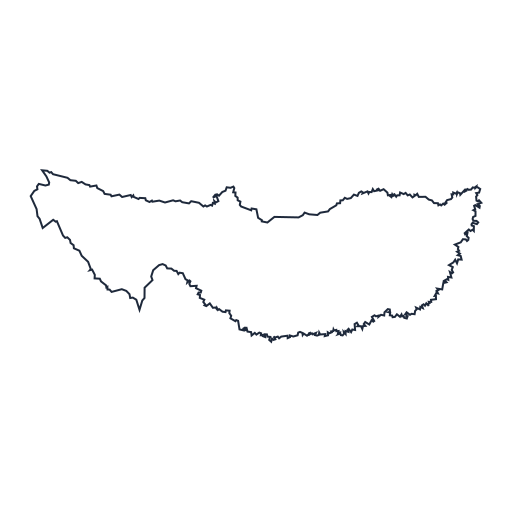 San Martín, Meta, Colombia (orthographic projection)
{"feature_id": "7082276B16396199828486", "entity_name": "San Martín", "entity_type": "district", "adm_level": 2, "iso_a3": "COL", "parent_name": "Colombia", "parent_adm1": "Meta", "projection": "orthographic", "projection_center": [-72.942, 3.525], "detail": "fine", "context": "isolated", "style": "outline", "palette": "slate", "viewbox_px": 512, "rotation_deg": 0, "n_neighbors": 0, "source": "geoboundaries", "source_scale": "gbopen_adm2", "svg_char_len": 6079}
<svg xmlns="http://www.w3.org/2000/svg" viewBox="0 0 512 512"><path d="M51.2,172.1L49.6,172.7L47.3,170.8L42.1,170.3L46.4,176.4L49.2,182.5L48.8,184.6L45.4,185.5L38.8,183.9L37.0,186.4L37.4,189.3L34.3,190.9L30.7,196.1L36.6,209.1L37.5,216.2L39.6,218.8L42.7,228.0L53.2,219.8L55.7,221.7L56.9,221.2L63.0,235.5L65.2,237.9L67.3,237.3L70.0,239.9L70.6,243.0L73.6,245.2L73.9,248.3L79.4,250.7L81.7,255.8L88.1,261.8L90.8,269.1L89.9,270.2L92.1,269.6L94.8,274.8L94.6,278.4L99.8,278.7L101.0,281.4L106.0,285.3L106.4,287.4L107.4,286.8L107.5,289.5L109.6,289.6L111.6,291.9L121.8,289.2L126.3,290.9L129.5,294.2L130.2,298.0L132.8,297.6L136.3,299.7L139.5,309.8L142.3,300.5L144.5,298.0L144.6,287.7L152.5,280.1L151.2,276.5L153.2,270.2L159.1,265.1L162.6,264.1L165.7,265.5L167.2,268.4L171.4,268.6L174.1,270.8L176.6,270.9L178.3,274.1L179.6,272.7L182.8,273.2L185.5,279.2L187.7,280.4L187.3,282.5L189.5,280.5L190.4,281.3L189.3,283.9L190.4,286.2L196.6,285.8L196.0,288.2L201.3,290.7L200.8,292.5L198.6,292.5L197.7,294.3L200.0,295.0L199.8,297.9L204.3,299.7L203.3,302.0L205.3,304.5L204.5,305.3L206.3,306.1L209.8,303.4L212.9,307.8L215.6,307.5L216.5,308.7L216.8,307.8L217.9,310.0L219.1,309.1L222.5,311.7L225.5,312.1L225.9,310.4L229.6,310.7L229.3,313.1L231.2,315.8L230.4,318.3L235.4,321.2L236.2,320.1L238.1,320.8L239.5,329.4L243.6,330.4L243.3,328.6L244.5,327.9L244.9,330.1L245.9,330.1L246.3,327.0L247.5,331.6L251.1,332.1L251.6,335.5L254.8,332.9L256.4,334.6L259.3,332.6L261.1,333.3L260.8,335.2L262.8,334.9L262.7,336.1L265.1,337.0L264.8,334.3L266.9,334.4L267.4,336.6L270.2,336.9L269.2,339.9L271.2,341.7L272.0,338.7L273.5,339.9L275.3,339.3L273.6,336.5L275.0,337.5L277.8,336.6L279.1,338.3L281.2,336.6L287.6,335.7L287.7,338.1L290.0,337.1L290.0,335.5L293.3,336.5L297.6,335.3L298.2,332.6L300.0,331.9L302.4,332.9L302.7,335.0L303.7,333.6L307.0,335.7L308.4,334.4L309.1,335.6L309.0,333.3L310.0,332.9L310.2,334.1L311.9,333.3L312.5,334.3L316.0,332.9L315.0,335.1L317.1,335.6L318.9,334.9L319.2,332.6L320.2,334.5L325.2,334.1L324.8,336.1L328.0,335.3L327.8,332.3L329.4,333.3L331.7,332.3L331.2,331.4L333.2,331.1L333.5,329.4L334.0,330.4L336.3,329.9L336.4,331.2L338.5,331.0L338.1,332.8L339.3,332.6L338.0,334.3L340.4,333.5L340.8,335.1L342.6,335.4L344.1,333.6L343.8,332.0L345.6,334.0L345.5,331.0L348.2,331.8L347.5,329.9L348.6,328.8L351.1,332.1L352.3,329.5L355.1,330.0L354.6,324.1L356.9,322.7L358.4,325.2L357.5,326.2L361.0,326.2L362.3,329.0L363.0,326.1L365.4,325.9L363.8,324.0L365.2,322.0L369.3,324.5L371.6,320.2L373.1,321.3L372.6,322.1L374.2,321.0L371.9,316.9L374.5,315.3L375.9,316.3L378.5,315.6L378.4,316.9L381.0,314.8L384.2,315.5L384.5,312.3L387.8,309.1L389.8,309.5L390.0,311.8L388.6,312.2L390.2,312.6L389.8,315.3L392.2,315.6L392.6,317.2L394.9,316.9L396.9,314.3L400.0,316.8L401.5,314.4L402.2,316.4L403.6,315.8L404.2,317.8L406.8,318.5L407.6,316.2L406.3,316.0L406.7,314.1L405.4,314.0L406.6,312.3L410.0,314.8L411.5,313.8L414.6,314.2L415.1,310.9L416.7,309.3L416.1,307.6L420.0,309.4L420.3,306.9L422.8,308.1L421.9,305.4L423.6,304.3L425.0,305.7L426.3,303.3L428.7,305.9L427.8,303.8L429.5,303.2L428.9,301.8L431.2,301.9L431.0,299.8L436.0,299.2L435.9,295.8L434.7,295.9L436.3,293.0L438.0,293.4L436.9,291.3L435.7,291.3L438.3,290.1L437.2,288.6L442.2,289.4L443.3,283.1L446.5,282.3L445.2,281.0L443.6,282.0L443.7,281.0L446.9,279.2L448.3,279.8L448.0,276.9L451.4,277.5L449.9,272.0L452.0,273.3L453.1,272.4L451.7,269.9L452.8,267.1L449.0,265.1L453.4,262.4L455.2,259.7L457.0,263.3L458.2,259.4L461.6,259.6L460.7,256.0L457.8,255.2L459.9,253.6L457.1,251.7L459.1,250.8L457.9,249.1L458.4,247.0L454.9,244.6L460.8,242.3L462.9,239.2L465.8,239.4L467.0,241.0L468.3,239.9L468.6,237.8L466.8,236.2L467.4,233.2L465.2,234.4L464.7,233.2L468.8,229.5L470.5,231.0L472.6,229.7L473.8,230.9L473.9,226.2L471.7,225.5L471.5,224.3L472.6,222.8L476.9,224.1L478.2,222.4L476.5,220.9L473.4,220.8L472.6,219.0L473.1,217.0L475.5,215.9L475.5,211.3L473.4,210.2L475.2,209.2L474.1,205.8L475.3,205.1L479.5,207.7L479.8,206.0L477.7,204.1L481.3,202.8L479.0,200.3L478.0,201.4L476.5,200.6L476.1,196.6L477.4,195.1L476.2,193.1L479.1,192.6L480.2,189.0L476.8,186.8L476.0,187.5L476.3,186.4L474.3,187.8L472.8,187.4L471.0,189.6L468.3,189.8L467.0,188.4L467.6,189.3L466.0,189.5L466.3,190.7L464.6,191.6L464.3,190.4L460.3,194.8L460.0,193.2L457.7,192.3L456.9,194.2L456.7,192.7L456.1,193.7L453.2,192.5L453.2,194.4L451.6,194.3L452.3,197.5L451.0,199.1L447.1,200.1L445.4,202.6L446.4,203.1L444.6,204.7L443.2,203.6L441.2,205.4L440.0,204.4L438.4,205.3L437.9,203.2L434.0,203.1L431.9,200.4L428.8,199.6L425.5,196.8L418.8,196.9L417.2,193.8L415.8,195.2L414.4,194.7L414.5,196.0L412.5,197.4L409.8,194.5L407.7,195.4L405.6,192.9L403.7,194.1L400.1,192.5L399.6,195.3L397.2,195.3L396.2,196.7L393.9,193.5L394.5,195.3L393.1,195.9L392.2,194.3L391.4,197.1L389.7,195.8L390.1,195.0L387.9,195.3L387.4,192.6L383.6,189.2L380.1,190.8L378.5,188.7L377.1,189.4L377.7,190.4L374.1,191.2L372.8,189.1L371.6,192.1L369.3,192.0L368.5,193.5L367.5,191.4L362.6,193.4L363.0,192.5L361.3,191.4L358.9,192.8L357.5,195.9L353.9,194.6L350.8,198.1L347.1,198.9L344.8,197.8L342.8,200.3L340.4,200.4L340.1,203.2L336.9,203.4L336.3,205.3L329.8,209.1L328.1,211.4L320.2,212.7L317.4,215.0L309.2,214.3L304.6,212.6L302.8,215.2L298.6,217.4L274.4,216.9L267.4,222.5L261.8,221.4L261.9,220.2L258.1,217.8L256.4,209.3L251.6,208.5L251.2,210.3L241.1,206.5L239.8,204.9L240.4,201.6L237.7,200.3L237.6,197.6L235.3,195.9L235.5,192.5L233.2,192.3L234.3,188.1L233.4,186.6L230.5,187.8L226.7,187.3L225.5,190.7L222.3,192.0L219.0,195.7L217.1,194.3L215.3,194.7L212.9,197.6L216.5,196.0L218.4,201.1L215.8,202.5L214.3,201.0L214.7,203.7L212.8,203.0L212.1,205.6L210.6,204.9L206.9,206.5L205.1,205.4L203.4,206.5L199.0,202.8L191.2,201.2L189.0,203.4L182.2,202.2L180.1,200.5L175.5,201.3L173.1,200.3L165.0,202.5L159.3,200.6L152.4,201.7L151.9,200.6L149.5,202.0L145.8,200.3L145.3,198.2L139.7,197.9L138.5,199.0L133.7,196.9L133.3,195.4L131.7,197.1L130.7,195.0L122.1,197.0L119.4,194.6L111.5,196.3L110.6,194.7L104.6,193.9L103.2,191.1L97.3,188.1L96.4,185.5L90.1,186.6L89.4,185.1L85.5,184.4L81.7,181.9L78.2,183.1L75.8,180.8L70.4,180.2L67.5,177.8L53.0,174.2L51.2,172.1Z" fill="none" stroke="#1e293b" stroke-width="2"/></svg>